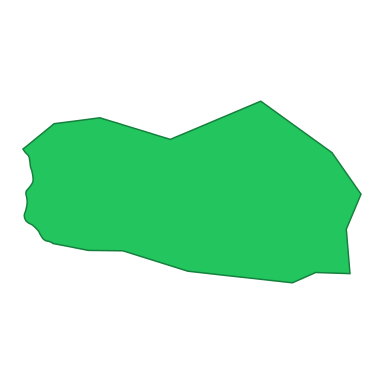 Jubayt Elma'aadin, Red Sea, Sudan
{"feature_id": "16777658B74984958768129", "entity_name": "Jubayt Elma'aadin", "entity_type": "district", "adm_level": 2, "iso_a3": "SDN", "parent_name": "Sudan", "parent_adm1": "Red Sea", "projection": "natural_earth1", "projection_center": [33.973, 21.162], "detail": "fine", "context": "isolated", "style": "filled", "palette": "green", "viewbox_px": 384, "rotation_deg": 0, "n_neighbors": 0, "source": "geoboundaries", "source_scale": "gbopen_adm2", "svg_char_len": 1318}
<svg xmlns="http://www.w3.org/2000/svg" viewBox="0 0 384 384"><path d="M52.7,243.3L52.9,243.5L63.4,245.5L88.3,250.4L122.8,250.8L187.8,271.2L222.5,275.1L237.0,276.7L292.4,282.8L315.7,272.5L349.2,273.6L349.7,273.6L350.0,273.6L349.7,270.2L346.3,229.2L361.0,194.2L332.1,152.8L332.1,152.7L288.7,121.4L260.9,101.3L260.7,101.2L204.4,125.0L199.7,127.0L170.2,139.4L169.8,139.2L169.4,139.1L159.2,136.0L153.7,134.3L136.2,128.9L134.8,128.5L123.4,125.0L116.8,122.9L112.6,121.7L103.1,118.8L102.2,118.5L99.9,117.8L99.6,117.8L71.5,121.5L71.2,121.5L54.1,123.7L52.9,124.7L34.5,139.7L26.6,146.2L24.2,148.1L23.0,149.0L23.2,149.5L24.2,150.9L25.6,152.8L28.0,155.1L28.7,156.3L29.2,157.3L29.5,159.2L30.0,162.5L30.4,166.3L30.5,166.9L30.9,168.1L31.9,171.0L32.2,172.6L32.8,175.7L33.1,178.7L33.0,181.4L32.2,183.3L30.8,185.5L29.3,187.5L27.4,189.7L26.5,190.7L26.0,192.0L25.9,193.3L26.0,194.6L26.6,197.0L27.0,199.7L27.1,200.9L27.1,203.5L26.9,205.2L26.8,205.9L25.7,210.7L25.0,212.5L24.8,213.1L24.6,213.7L24.2,215.3L24.6,218.1L25.9,220.8L28.2,222.8L28.4,222.9L30.3,223.9L32.4,225.0L34.2,226.5L35.8,228.1L37.8,230.2L39.1,232.0L39.8,233.7L40.5,234.8L41.7,236.9L43.1,238.8L43.3,239.1L44.3,239.8L45.4,240.6L45.5,240.6L46.8,241.0L48.8,241.4L50.1,241.8L51.4,242.4L51.7,242.5L52.0,242.8L52.7,243.3Z" fill="#22c55e" stroke="#15803d" stroke-width="1.5"/></svg>